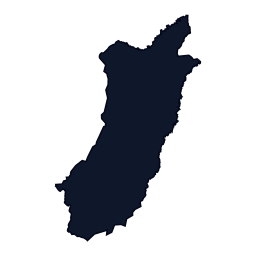 Jordão, Acre, Brazil
{"feature_id": "56859067B10244849047015", "entity_name": "Jordão", "entity_type": "district", "adm_level": 2, "iso_a3": "BRA", "parent_name": "Brazil", "parent_adm1": "Acre", "projection": "natural_earth1", "projection_center": [-71.804, -9.222], "detail": "fine", "context": "isolated", "style": "filled", "palette": "ink", "viewbox_px": 256, "rotation_deg": 0, "n_neighbors": 0, "source": "geoboundaries", "source_scale": "gbopen_adm2", "svg_char_len": 5781}
<svg xmlns="http://www.w3.org/2000/svg" viewBox="0 0 256 256"><path d="M200.3,61.5L199.3,61.0L198.9,60.2L198.3,59.9L197.2,58.9L195.9,59.1L195.1,59.5L194.2,59.4L193.5,59.6L192.9,59.2L192.3,58.1L190.9,56.7L190.2,56.4L189.6,55.7L188.7,55.3L177.7,56.4L178.0,55.7L177.2,54.2L177.2,52.6L177.6,49.3L178.1,48.6L179.6,47.8L179.8,47.0L180.3,46.8L181.1,45.7L182.0,42.7L183.9,40.8L183.9,40.2L183.7,39.7L185.1,36.5L186.2,36.2L186.4,35.6L187.3,34.8L188.0,33.7L188.6,33.7L190.3,33.0L190.3,32.2L189.9,30.9L190.1,30.3L189.9,27.5L189.7,26.9L189.2,26.4L188.6,26.1L188.2,25.4L188.3,23.9L187.7,22.5L187.7,21.9L187.5,21.4L187.8,20.7L187.6,18.3L187.8,15.5L186.9,15.5L186.2,15.4L185.9,16.1L184.7,17.2L184.1,17.0L183.4,16.5L182.7,16.9L180.8,17.5L179.9,18.2L180.4,20.5L179.8,21.1L179.3,21.2L178.8,20.9L179.2,20.2L178.9,19.1L178.2,18.7L177.7,19.7L176.2,20.8L176.5,21.7L177.5,23.2L176.9,23.7L175.7,23.0L174.9,22.9L174.3,23.3L173.9,24.7L173.1,25.0L172.6,24.5L172.1,24.6L171.4,25.2L170.5,26.7L169.9,26.7L168.5,25.2L167.9,25.5L167.1,25.5L166.6,26.0L166.8,27.0L167.2,27.6L167.8,28.0L168.0,28.8L167.1,29.1L166.5,28.8L165.1,29.2L164.9,31.2L163.7,30.8L162.6,31.5L161.9,30.9L161.6,29.9L160.8,30.2L160.6,30.7L160.9,31.8L160.8,32.5L161.4,33.0L161.4,33.6L160.7,33.5L160.4,34.8L160.0,35.1L159.5,35.0L159.0,35.2L158.9,36.2L157.2,36.0L156.8,37.9L155.6,37.8L155.1,38.0L154.9,38.7L155.0,39.6L155.3,40.4L153.1,41.8L152.7,42.4L153.0,43.8L152.8,44.7L152.4,45.3L151.0,46.2L150.0,47.7L149.6,47.9L149.2,47.3L149.3,46.6L149.0,46.0L148.3,46.0L147.4,46.3L147.7,47.1L147.7,48.0L147.1,48.8L144.7,49.3L144.3,50.0L143.4,50.2L142.0,49.7L141.6,50.5L140.5,50.0L139.9,49.3L138.9,50.0L138.3,49.3L138.6,48.6L138.3,48.1L137.6,48.0L137.2,48.7L136.6,49.1L136.2,48.6L135.4,48.6L134.5,48.2L133.4,47.1L132.0,46.8L131.3,47.3L130.7,46.9L130.6,46.3L130.2,46.0L128.9,46.3L128.4,46.1L128.5,45.1L127.8,44.9L127.0,43.1L126.5,42.9L126.1,43.5L125.5,43.7L125.2,43.1L124.7,43.3L124.4,42.8L123.1,42.3L122.2,42.6L121.6,41.9L121.2,42.1L119.5,41.7L119.0,41.0L118.4,40.7L116.1,42.1L114.7,44.4L114.3,44.6L113.8,44.5L112.7,44.8L112.4,45.2L111.7,45.3L110.1,46.3L108.8,47.4L108.5,48.1L107.2,49.7L106.7,50.0L105.8,51.1L105.2,51.4L104.1,52.7L103.0,53.1L101.5,52.9L100.1,54.3L99.5,55.6L99.4,57.0L99.7,58.1L105.7,64.9L104.0,71.4L107.0,73.6L107.3,75.4L108.3,78.7L108.1,84.8L105.9,90.0L107.7,98.0L104.3,112.3L101.5,114.9L101.7,118.7L105.7,123.2L105.4,126.2L103.7,126.7L96.7,141.9L96.1,144.8L92.8,146.9L87.9,156.8L86.0,161.6L82.2,160.6L75.7,165.7L71.1,171.5L70.6,173.1L70.7,174.5L68.8,177.2L66.4,177.3L67.1,180.0L63.6,181.1L62.6,183.4L61.9,184.1L55.8,184.5L56.0,185.3L55.6,186.1L56.1,186.7L56.6,186.6L57.0,188.0L58.4,189.9L59.5,191.0L60.5,191.1L60.6,190.5L62.1,189.7L62.5,189.1L64.1,189.5L64.7,190.5L65.3,190.3L65.5,192.0L65.2,193.7L65.3,194.5L65.0,195.8L65.2,197.6L64.9,199.2L65.2,200.4L64.5,202.2L64.9,203.1L67.5,205.6L68.4,205.8L68.6,205.1L69.4,204.9L70.1,205.0L70.5,205.9L69.6,209.4L69.3,210.0L69.3,210.7L69.5,211.4L70.2,212.3L70.8,212.9L71.5,213.3L71.0,216.7L70.7,217.3L71.0,218.6L70.8,220.3L68.6,224.2L68.4,225.4L69.0,226.8L67.8,229.0L67.5,230.2L67.8,231.3L69.0,232.1L69.9,231.9L70.7,232.2L71.2,233.5L71.9,234.4L74.3,234.1L75.9,235.1L77.0,236.2L77.9,236.5L79.2,236.2L81.6,237.3L83.6,237.7L86.5,239.5L87.4,240.6L94.5,234.0L107.1,230.2L106.6,234.8L111.7,232.2L114.5,224.9L121.1,224.4L125.1,226.0L126.6,218.8L132.6,215.3L132.5,212.4L135.1,209.3L140.8,206.4L140.2,202.3L141.0,200.8L142.1,200.6L142.6,200.0L142.8,199.2L143.2,198.7L143.7,197.5L144.6,196.9L145.7,195.1L145.6,194.2L145.2,193.2L145.6,191.3L146.0,190.5L145.4,189.0L145.6,188.2L146.3,188.1L147.6,187.4L147.9,186.6L147.8,185.7L146.6,183.4L147.0,182.8L148.0,182.0L148.4,180.6L148.3,179.6L148.6,179.1L149.1,178.9L150.3,179.0L151.3,178.0L152.7,177.4L153.8,176.5L154.1,175.9L154.3,175.0L155.4,174.4L155.2,172.8L155.6,172.5L156.0,171.9L156.8,172.2L157.5,172.1L157.6,171.1L158.1,171.0L158.5,170.5L158.4,169.6L158.8,169.0L158.7,168.3L159.3,167.9L159.9,166.9L159.6,166.2L159.6,165.6L159.2,165.2L159.6,164.6L159.5,163.6L159.9,162.7L159.7,161.6L159.6,159.7L159.3,158.7L158.7,158.3L158.4,157.7L158.7,157.2L158.3,156.6L158.8,156.3L158.8,155.4L159.2,154.4L158.6,154.0L159.9,151.8L160.7,151.6L160.6,151.0L161.0,149.1L160.7,148.4L161.1,146.6L161.8,144.8L163.1,144.3L162.9,143.8L163.6,143.3L164.0,142.5L164.3,141.0L164.7,140.2L164.7,139.3L164.1,139.2L164.0,138.4L163.4,137.9L164.4,136.4L165.1,136.8L166.0,135.4L166.7,135.2L167.3,135.5L167.6,135.0L168.2,135.0L168.4,134.3L168.4,133.6L169.0,133.0L170.8,132.6L170.7,131.3L171.1,130.8L171.8,130.8L172.1,131.3L172.3,129.7L172.7,128.8L173.0,127.2L173.6,126.9L173.6,125.3L173.2,124.8L174.0,124.7L174.2,123.4L174.8,123.5L175.2,124.7L175.7,124.2L175.8,123.4L175.4,122.8L177.1,122.1L178.0,121.1L176.8,120.5L176.5,120.0L176.9,118.6L177.0,117.4L177.6,116.8L177.0,115.4L177.4,114.6L176.7,114.4L176.2,112.6L179.0,109.5L179.7,109.4L179.4,108.8L178.8,108.4L178.6,107.6L178.0,107.2L179.4,106.7L179.7,105.2L179.8,103.5L179.0,103.0L179.3,102.4L179.9,102.8L179.8,102.1L179.5,101.7L179.6,101.0L178.9,100.4L179.2,99.5L179.7,99.1L179.9,98.6L181.1,98.6L181.1,97.8L181.5,97.1L182.0,96.8L181.4,96.3L181.4,95.7L181.0,95.2L180.9,94.4L180.4,93.9L180.3,93.3L180.4,92.6L180.9,91.7L180.7,90.9L181.2,90.1L181.1,89.0L181.7,88.5L181.5,87.4L181.8,86.2L182.4,86.3L182.8,86.0L183.0,85.4L182.9,84.4L183.3,83.8L183.6,83.1L182.8,82.1L183.4,81.5L184.2,81.3L184.8,80.0L185.4,80.4L185.7,79.8L185.5,79.0L185.8,77.9L185.1,77.6L184.9,77.0L186.3,74.9L186.8,73.8L187.5,73.9L188.0,73.2L188.8,73.5L189.4,73.1L189.4,71.7L189.9,71.4L190.5,72.1L191.0,72.0L191.6,70.2L191.3,69.6L191.8,69.1L192.1,68.1L192.7,67.6L192.7,66.6L194.3,66.4L194.7,65.6L195.4,65.6L196.0,65.9L196.3,65.1L197.1,65.6L197.5,65.1L197.3,64.2L198.2,63.4L198.3,62.8L199.6,63.7L200.1,63.4L200.4,62.7L200.3,61.5Z" fill="#0f172a" stroke="#020617" stroke-width="1.5"/></svg>